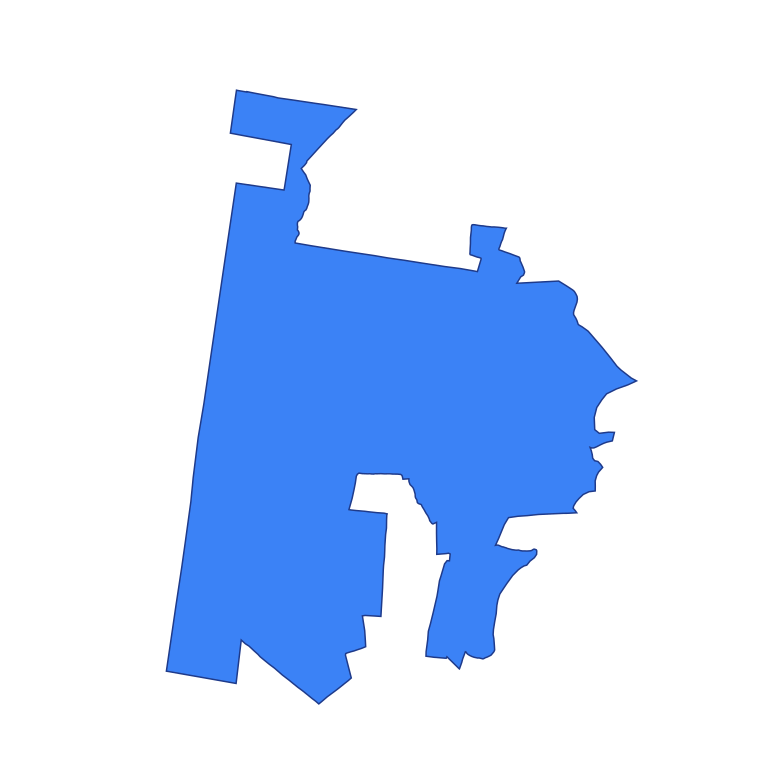 Osica De Jos, Olt, Romania (Natural Earth projection), rotated 83°
{"feature_id": "2599482B95058280592658", "entity_name": "Osica De Jos", "entity_type": "district", "adm_level": 2, "iso_a3": "ROU", "parent_name": "Romania", "parent_adm1": "Olt", "projection": "natural_earth1", "projection_center": [24.282, 44.226], "detail": "fine", "context": "isolated", "style": "filled", "palette": "blue", "viewbox_px": 768, "rotation_deg": 83, "n_neighbors": 0, "source": "geoboundaries", "source_scale": "gbopen_adm2", "svg_char_len": 5759}
<svg xmlns="http://www.w3.org/2000/svg" viewBox="0 0 768 768"><g transform="rotate(83 384 384)"><path d="M642.5,635.0L652.1,603.5L657.4,586.2L660.3,576.7L663.2,567.3L646.0,563.1L620.7,556.9L624.9,553.3L627.7,549.9L633.0,545.5L637.0,542.0L639.6,540.2L643.2,536.8L648.0,532.2L652.7,527.3L660.4,520.4L666.4,514.3L670.6,510.3L674.5,506.5L678.5,502.3L682.3,498.6L687.8,493.3L690.5,490.5L693.6,487.7L693.3,487.2L692.1,485.3L687.4,478.2L682.7,469.9L680.3,465.8L676.7,460.0L674.1,455.7L671.8,452.3L657.1,454.2L648.5,455.3L646.9,454.9L646.4,453.3L645.7,449.3L645.3,446.3L644.6,443.2L643.7,438.6L642.5,434.2L636.8,433.8L626.4,433.2L611.5,433.7L611.4,431.0L613.2,421.2L614.3,415.4L586.4,410.3L582.7,409.7L568.6,407.4L563.8,406.5L555.8,404.6L549.7,403.6L544.4,402.8L533.4,400.7L527.3,399.1L519.2,398.0L514.5,397.2L513.3,396.7L512.2,399.7L510.9,406.5L508.9,415.1L508.1,418.1L506.8,424.2L506.2,427.1L505.0,432.2L504.4,434.1L493.7,429.6L485.1,426.6L478.7,424.5L472.1,422.7L470.3,421.4L469.4,419.7L470.3,416.5L471.2,410.9L471.3,409.2L471.8,407.2L472.1,405.3L472.0,403.7L472.3,401.4L472.6,398.0L473.3,394.2L473.6,391.0L473.9,388.8L474.4,386.6L475.1,381.5L475.8,378.4L476.9,377.3L478.6,377.0L480.8,376.8L481.1,370.9L483.9,371.1L485.8,370.7L487.0,370.4L488.9,368.9L490.3,367.9L492.2,367.3L494.5,366.9L496.0,366.7L496.7,366.5L499.6,366.7L500.6,366.6L501.7,366.2L502.5,365.7L503.3,365.5L505.3,365.4L505.8,365.3L506.2,365.0L506.9,364.3L507.8,362.6L507.9,362.1L508.1,362.0L508.4,361.7L508.7,361.5L509.3,361.4L510.9,360.8L513.2,359.7L517.2,358.1L520.1,356.6L523.4,355.5L525.2,355.3L528.2,353.5L528.9,352.5L527.7,348.7L538.1,350.0L546.5,350.9L553.9,351.6L559.5,352.4L559.9,343.0L559.8,340.6L560.8,339.0L567.5,340.6L567.0,342.9L569.9,345.8L581.9,351.0L586.0,352.9L596.2,355.8L601.2,357.3L616.8,363.0L627.8,367.2L634.8,370.1L643.2,371.8L654.7,374.8L659.3,375.5L661.4,367.4L661.8,365.2L662.1,363.9L663.8,355.7L662.4,354.8L669.0,349.5L674.4,345.2L676.0,343.9L675.9,343.8L669.9,340.8L666.6,339.5L659.7,335.9L660.1,335.2L661.4,334.6L662.2,334.0L662.7,333.5L663.8,332.1L665.1,330.1L666.2,327.9L667.4,324.4L667.5,323.0L668.9,319.3L668.6,318.1L668.0,316.7L667.7,315.1L666.6,311.9L666.1,310.7L663.5,307.9L662.9,307.4L661.5,306.6L656.8,306.3L650.1,306.0L646.0,306.2L641.1,305.3L633.5,303.1L625.5,300.6L617.6,299.0L612.3,297.3L606.5,294.6L601.4,290.2L596.9,286.3L593.7,283.3L589.8,279.7L584.9,273.5L583.1,270.5L581.6,267.1L581.2,264.4L577.6,260.7L574.7,255.9L571.7,253.3L568.3,252.7L567.2,253.0L566.8,253.7L566.3,254.7L566.2,255.3L566.3,255.8L566.6,256.5L567.2,257.7L567.3,258.4L567.4,259.3L567.2,262.5L566.8,265.0L566.6,266.8L566.3,267.9L565.9,269.2L565.5,270.0L565.2,270.7L565.1,272.7L564.9,273.7L564.6,274.8L564.0,277.1L562.2,281.6L561.7,282.4L561.3,283.1L561.1,283.8L560.3,285.3L560.0,286.5L559.6,287.3L558.6,288.9L557.9,290.2L557.6,291.6L557.7,293.0L551.5,289.2L538.2,281.7L531.8,276.7L531.6,267.1L532.1,257.8L532.3,246.6L534.2,221.9L534.6,218.5L534.9,214.5L535.3,208.4L532.9,209.7L530.4,211.4L528.1,210.6L524.5,207.8L521.4,204.4L517.9,199.7L515.9,193.6L515.9,187.4L510.8,186.7L505.9,186.2L500.9,184.1L497.6,181.8L493.4,177.1L490.1,178.8L487.0,181.1L485.8,184.3L483.1,185.9L479.4,185.9L475.4,186.4L472.0,187.2L472.8,185.7L473.0,183.4L472.2,180.5L470.7,176.5L469.6,173.1L468.9,170.0L468.3,164.3L460.1,161.2L459.2,166.9L459.2,176.3L455.0,180.4L442.8,179.4L433.3,175.7L426.2,169.7L420.9,164.3L417.2,153.8L414.6,142.1L411.7,133.0L408.2,137.9L398.9,147.2L394.8,150.6L385.8,155.9L374.0,163.2L356.4,175.0L351.4,180.4L349.3,183.2L348.4,184.0L344.4,184.8L341.8,185.7L338.4,187.3L336.4,187.2L334.1,186.4L326.3,182.5L323.3,181.7L320.6,181.7L317.7,182.7L315.3,183.8L313.7,185.2L308.7,191.1L303.1,198.1L300.2,239.9L295.4,236.1L294.3,235.2L293.6,233.7L292.9,232.3L291.8,231.7L290.6,231.0L289.6,230.8L284.9,231.8L279.8,233.3L278.5,233.8L276.2,233.8L275.2,234.0L274.4,234.6L272.1,239.1L270.0,243.0L267.5,248.2L266.2,250.6L265.0,253.3L264.4,253.6L263.6,253.4L261.6,252.2L260.0,251.5L258.3,250.7L256.3,249.6L255.2,248.8L253.7,248.2L252.0,247.5L250.4,246.9L248.7,246.2L247.0,245.3L245.3,244.3L244.3,243.6L244.1,245.1L243.8,245.8L243.1,248.3L242.5,250.8L242.2,252.2L241.5,255.7L241.3,257.9L240.8,259.8L240.1,263.0L239.2,266.1L238.8,268.2L238.2,270.6L237.0,274.5L236.7,276.3L236.8,277.2L237.7,277.8L239.2,278.2L242.1,278.6L249.2,280.3L255.3,281.1L260.2,282.0L263.4,282.5L265.4,282.9L266.2,282.6L267.0,280.7L268.4,278.0L269.4,276.0L270.0,274.3L270.6,273.0L271.0,272.4L271.9,272.4L283.8,277.6L282.3,282.4L280.0,290.0L278.7,294.2L276.9,301.3L274.8,309.5L273.7,313.4L268.5,331.9L263.6,349.0L261.5,356.9L259.2,365.3L255.4,377.9L251.8,390.9L248.4,403.1L246.7,409.1L237.8,439.8L233.2,455.0L231.4,454.8L229.3,453.5L227.7,452.7L226.2,451.2L225.3,450.4L223.9,449.9L222.3,450.2L221.2,450.7L220.6,451.2L219.2,450.9L217.4,450.5L216.4,450.6L214.5,450.5L213.0,450.1L212.0,449.4L211.3,447.8L209.7,445.9L208.0,444.7L205.8,443.6L203.4,442.6L202.4,441.6L201.7,440.3L200.3,439.3L198.3,438.4L196.3,437.3L194.6,436.6L193.2,436.3L190.7,435.9L188.1,435.7L185.9,435.1L183.5,433.9L180.8,433.6L177.7,433.0L174.5,434.1L171.1,435.2L166.9,436.2L164.1,437.8L160.0,439.9L157.1,436.1L154.9,433.9L153.3,433.4L147.6,426.7L142.5,420.8L133.6,410.3L130.9,406.8L128.9,403.9L126.0,400.7L125.0,398.9L124.0,397.6L119.8,393.4L117.3,390.7L115.7,388.3L113.3,384.9L110.4,380.9L108.2,378.1L99.2,410.0L97.0,418.2L93.1,432.3L91.6,437.7L87.1,454.4L85.4,458.6L82.5,467.8L79.7,476.6L78.1,481.5L77.3,483.8L77.1,484.5L77.5,484.6L74.9,493.2L74.4,494.6L83.9,497.2L116.3,505.9L120.3,493.4L123.9,481.9L135.0,446.8L176.5,458.7L179.3,459.6L166.6,506.1L256.1,530.8L381.7,565.2L414.3,574.9L454.1,584.9L461.9,586.6L470.3,588.5L477.1,590.0L516.4,600.4L540.6,606.9L579.3,617.7L588.1,620.1L629.4,631.4L642.5,635.0Z" fill="#3b82f6" stroke="#1e3a8a" stroke-width="1.5"/></g></svg>